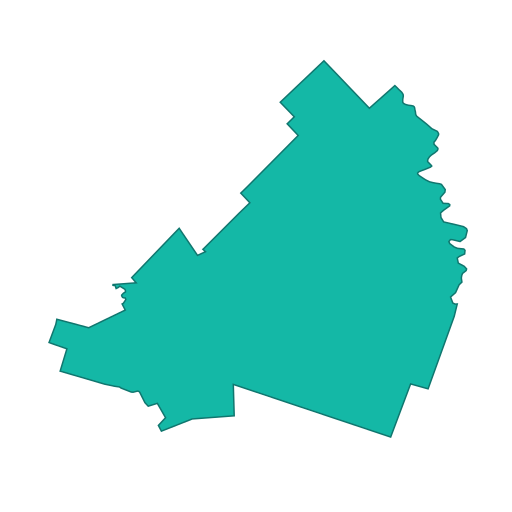 Piatra, Teleorman, Romania (orthographic projection), rotated 356°
{"feature_id": "2599482B63430265484644", "entity_name": "Piatra", "entity_type": "district", "adm_level": 2, "iso_a3": "ROU", "parent_name": "Romania", "parent_adm1": "Teleorman", "projection": "orthographic", "projection_center": [25.223, 43.835], "detail": "fine", "context": "isolated", "style": "filled", "palette": "teal", "viewbox_px": 512, "rotation_deg": 356, "n_neighbors": 0, "source": "geoboundaries", "source_scale": "gbopen_adm2", "svg_char_len": 2363}
<svg xmlns="http://www.w3.org/2000/svg" viewBox="0 0 512 512"><g transform="rotate(356 256 256)"><path d="M406.4,95.7L396.7,103.2L379.4,116.5L337.4,66.0L290.9,104.3L303.9,119.8L296.3,126.3L306.5,138.7L252.4,186.1L245.2,192.2L249.4,197.3L253.6,202.5L242.4,211.9L204.2,245.1L203.5,245.6L205.9,248.2L197.7,251.3L184.1,227.9L181.3,223.0L176.6,227.2L130.5,268.9L134.6,274.4L111.4,274.5L111.3,275.3L112.1,275.5L112.7,275.2L113.3,275.6L113.6,276.5L113.9,277.6L114.2,278.7L116.4,277.8L118.1,276.6L122.8,280.0L123.3,281.1L123.3,282.7L121.1,283.9L119.3,285.6L119.2,286.3L120.0,288.0L121.1,288.5L122.7,288.8L123.1,290.3L122.3,291.4L120.4,293.9L119.1,294.5L121.8,300.8L84.1,315.9L52.9,305.2L52.3,307.5L51.5,310.3L43.5,327.9L50.6,331.0L60.9,335.4L52.6,357.2L64.8,361.7L96.1,373.3L104.0,375.5L105.2,375.9L107.8,376.5L110.7,377.1L112.1,378.3L122.0,383.0L123.9,383.3L128.4,382.5L129.7,382.9L130.5,383.8L135.0,394.6L138.0,398.3L147.3,396.1L154.5,411.0L146.8,418.2L149.4,424.1L181.0,414.1L223.1,413.9L224.4,382.5L377.7,446.0L401.3,394.4L418.4,400.5L449.5,330.1L453.4,317.9L451.4,317.9L449.1,316.7L447.2,310.5L452.5,306.5L456.6,298.9L459.6,296.4L459.3,292.3L459.9,289.7L460.8,287.8L464.6,285.2L465.2,283.6L463.0,280.8L457.3,277.2L456.6,272.0L458.6,270.7L464.3,268.5L464.9,264.9L463.8,263.5L457.5,262.4L454.3,260.8L450.1,257.1L449.4,255.1L451.1,253.2L453.0,253.4L460.6,255.8L466.3,252.2L467.4,248.8L468.5,245.4L467.9,243.4L465.1,241.2L459.6,239.4L445.6,235.1L444.4,232.8L443.2,230.5L443.1,225.9L446.4,223.4L452.7,219.5L452.9,218.2L451.5,217.1L446.3,216.5L443.9,212.2L444.2,210.2L448.9,205.5L449.4,202.9L446.0,197.5L444.1,196.7L440.8,196.0L437.8,195.2L434.3,194.1L430.4,191.8L427.5,189.6L424.3,187.1L423.1,185.7L423.0,185.1L423.0,184.6L423.6,183.9L424.4,183.3L426.8,182.5L430.6,181.4L436.3,179.5L437.6,178.5L437.1,177.7L433.8,173.8L433.8,173.2L434.3,171.3L436.0,169.1L438.0,167.5L441.5,165.5L444.3,163.4L445.0,161.9L444.9,161.1L441.4,157.0L441.4,155.5L441.5,154.8L442.2,154.1L442.7,153.7L443.1,153.2L444.9,150.6L446.6,147.8L446.7,146.8L446.1,145.3L445.5,144.3L440.3,141.3L435.4,136.3L426.0,127.7L425.2,125.9L425.1,123.3L424.7,121.0L424.6,119.3L424.2,118.2L423.4,117.4L421.5,116.8L418.4,116.2L415.6,115.2L414.0,114.2L413.1,113.0L413.3,110.1L414.1,106.7L414.0,105.0L412.8,102.8L410.0,99.8L408.5,98.0L406.6,95.9L406.4,95.7Z" fill="#14b8a6" stroke="#0f766e" stroke-width="1.5"/></g></svg>